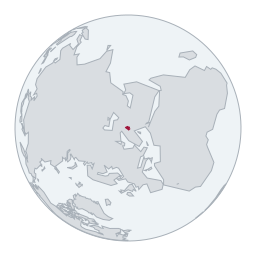 Diyarbakir on an orthographic globe, rotated 227°
{"feature_id": "TUR-2309", "entity_name": "Diyarbakir", "entity_type": "Province", "adm_level": 1, "iso_a3": "TUR", "parent_name": "Turkey", "parent_adm1": "", "projection": "orthographic", "projection_center": [40.236, 38.057], "detail": "fine", "context": "on_globe", "style": "filled", "palette": "rose", "viewbox_px": 256, "rotation_deg": 227, "n_neighbors": 0, "source": "natural_earth", "source_scale": "10m", "svg_char_len": 10556}
<svg xmlns="http://www.w3.org/2000/svg" viewBox="0 0 256 256"><g transform="rotate(227 128 128)"><circle cx="128" cy="128" r="113" fill="#eef3f6" stroke="#a8b0b8"/><path d="M113.4,16.3L122.1,16.2L135.0,17.0L140.0,17.0L138.2,17.5L148.2,17.7L155.7,19.3L146.6,17.7L145.3,17.8L150.1,18.8L149.8,19.2L151.9,20.0L151.1,20.4L145.9,19.8L145.2,20.1L148.7,20.9L150.0,22.0L145.0,20.8L146.9,22.7L138.4,22.7L125.7,20.3L120.4,21.7L105.8,23.2L106.5,23.9L101.4,25.3L100.4,26.6L98.0,26.8L99.3,27.8L101.7,27.4L103.1,27.8L102.7,28.6L99.5,28.9L99.3,28.5L98.1,29.0L96.7,28.9L97.2,29.4L93.4,29.8L96.6,30.8L93.0,32.2L90.7,32.1L91.8,30.4L88.9,26.8L86.9,26.7L82.9,28.0L73.7,33.9L71.1,34.7L67.0,37.0L68.0,37.2L71.6,35.5L72.5,36.8L76.9,34.8L77.9,35.2L81.9,34.1L80.4,36.3L76.7,39.0L73.3,40.0L71.5,41.4L74.1,42.1L66.9,46.2L61.0,52.6L59.2,53.6L57.1,51.9L59.0,47.1L56.2,46.0L57.1,48.9L52.6,51.8L51.5,53.2L51.2,54.5L52.5,54.3L50.8,55.9L49.4,53.4L50.9,51.9L51.3,52.6L52.2,50.5L51.1,49.3L49.0,51.2L49.7,48.3L48.2,49.7L47.5,50.0L49.9,47.9L45.6,51.7L45.9,50.9L52.0,44.9L58.6,39.3L65.5,34.3L72.9,29.8L80.5,25.9L88.4,22.5L96.6,19.8L105.0,17.7L113.4,16.3ZM16.0,115.8L15.7,119.6L15.4,125.1L15.4,125.9L16.0,115.8ZM15.4,127.9L15.4,129.7L15.4,131.3L17.1,144.2L19.5,153.8L20.4,159.2L20.3,161.0L20.5,161.7L18.3,153.5L16.7,145.0L15.7,136.5L15.4,127.9ZM120.5,15.7L118.8,15.8L117.7,15.8L119.0,15.7L120.5,15.7ZM143.6,17.1L140.9,16.8L143.6,17.0L143.6,17.1ZM152.4,20.0L153.3,20.1L154.0,20.5L152.4,20.0ZM82.5,33.1L82.2,33.6L81.6,33.5L82.5,33.1ZM84.5,32.2L84.0,31.8L84.9,31.3L85.2,31.6L84.5,32.2ZM153.4,21.6L154.3,22.4L152.5,21.5L153.4,21.6ZM85.0,32.9L86.6,30.5L88.2,29.8L90.6,30.3L85.0,32.9ZM154.3,22.8L156.7,25.0L158.8,25.2L154.1,26.2L153.7,23.8L151.0,22.5L153.3,23.1L154.3,22.8ZM102.6,26.9L100.0,27.4L102.5,26.3L102.6,26.9ZM103.9,26.2L109.6,22.7L113.3,22.7L110.6,23.7L115.6,23.3L114.6,24.9L111.6,25.6L109.4,25.2L110.7,26.1L103.9,26.2ZM151.2,26.5L151.0,27.1L150.2,26.4L151.2,26.5ZM103.8,27.8L104.6,27.1L107.9,27.0L106.8,28.5L106.1,28.0L103.8,27.8ZM117.4,22.4L119.6,22.7L119.4,24.1L120.2,24.4L114.8,25.0L117.4,22.4ZM105.2,28.5L106.1,29.3L104.3,30.2L103.2,28.6L105.2,28.5ZM109.1,26.3L110.6,26.4L109.4,26.8L109.1,26.3ZM98.2,34.1L99.2,33.0L100.9,32.8L98.2,34.1ZM106.6,29.6L107.3,29.3L108.0,29.1L108.3,29.9L106.6,29.6ZM115.0,26.0L114.5,26.6L117.2,25.8L117.1,27.0L113.6,27.2L115.1,27.6L115.1,27.9L112.2,27.7L115.0,26.0ZM110.9,30.2L106.4,31.1L104.3,33.1L102.6,33.3L106.3,30.1L110.9,30.2ZM111.9,28.8L110.9,29.7L109.4,29.3L109.2,28.5L111.9,28.8ZM118.4,27.7L119.4,25.9L120.1,26.0L118.4,27.7ZM110.6,30.9L111.7,30.7L110.6,31.0L110.6,30.9ZM116.3,28.7L116.6,28.0L117.4,28.1L116.3,28.7ZM113.7,30.9L112.2,31.1L112.0,30.5L113.7,30.9ZM115.1,29.9L116.2,30.2L112.8,30.1L115.1,29.6L115.1,29.9ZM117.1,28.9L117.6,28.7L116.8,29.2L117.1,28.9ZM115.4,33.2L111.1,33.3L110.6,31.9L114.9,31.9L115.4,33.2ZM39.9,159.9L35.8,141.2L38.8,137.0L40.1,129.8L62.1,115.2L65.9,118.8L82.2,121.6L84.1,123.2L81.3,128.7L92.9,139.2L97.7,135.2L109.0,140.9L117.1,141.5L121.6,130.6L108.3,129.4L106.9,123.6L118.2,119.9L129.9,121.2L129.8,119.0L123.1,113.8L126.5,110.0L120.8,111.7L122.6,114.1L119.1,115.3L117.3,113.3L118.6,111.9L115.2,110.6L110.0,117.9L111.2,121.1L102.0,121.2L103.1,126.6L100.4,128.6L97.4,120.2L98.3,117.5L92.2,107.6L90.5,110.5L96.1,120.1L94.0,119.0L91.7,123.4L91.8,119.2L86.1,108.4L78.3,107.9L67.1,116.2L62.8,115.3L59.9,111.1L65.3,100.4L74.2,103.7L76.2,100.3L75.6,93.9L78.3,95.6L79.2,93.5L82.7,94.6L88.7,91.0L92.4,91.6L95.9,85.6L98.2,85.2L95.5,88.8L95.6,91.8L105.0,93.7L107.1,92.7L108.6,88.7L111.0,89.9L111.2,85.9L117.1,85.2L110.1,82.8L111.7,78.5L115.9,75.8L115.1,74.1L108.4,78.5L106.8,80.8L107.5,83.4L102.1,89.7L98.6,90.1L99.5,82.2L94.7,82.1L97.5,76.4L114.0,67.1L120.4,65.9L128.6,72.7L126.5,75.2L122.5,73.9L125.2,78.9L125.5,76.7L127.5,77.8L129.5,74.4L131.0,75.0L130.3,70.8L132.4,71.2L132.8,73.9L137.5,69.6L142.1,69.8L142.4,68.6L141.5,67.2L147.9,68.5L147.9,67.6L145.8,66.7L144.3,64.3L144.3,60.8L146.5,61.4L146.8,62.8L150.8,66.9L151.3,70.7L152.2,70.6L152.3,67.5L147.4,62.5L146.8,60.2L149.5,62.2L148.4,61.3L148.8,60.3L151.3,60.1L148.5,57.8L149.6,47.8L154.5,46.7L156.7,49.4L159.8,44.0L165.1,43.8L163.1,43.0L163.3,40.2L161.6,40.2L160.7,39.6L160.4,33.3L162.0,32.5L159.7,29.4L158.6,29.0L157.3,29.3L154.1,26.2L158.8,25.2L160.8,26.0L162.4,25.1L166.8,27.3L171.2,28.8L175.3,32.2L178.4,33.3L178.6,32.9L183.1,34.4L191.4,39.5L183.6,37.3L170.9,31.3L176.0,33.8L174.6,33.9L176.2,35.3L179.8,37.2L180.4,36.9L184.7,44.5L192.8,52.2L193.0,49.3L195.7,49.7L205.1,57.2L214.5,73.8L218.2,75.6L220.2,78.2L220.8,81.7L217.9,78.0L216.2,78.5L214.5,76.1L214.5,80.9L212.1,77.7L213.3,83.3L215.7,84.9L216.6,81.6L218.6,88.2L222.8,90.0L226.1,95.2L228.6,109.5L226.9,117.2L227.4,119.2L225.2,119.1L224.6,125.0L230.4,131.5L231.0,134.5L228.9,143.8L228.4,141.8L222.8,141.3L223.3,149.1L227.7,151.1L229.2,156.4L226.5,157.2L224.8,152.7L222.7,152.3L222.2,145.9L218.3,138.4L215.5,142.8L214.7,139.0L208.9,133.8L204.3,139.8L197.8,154.8L198.7,164.7L195.6,170.4L187.4,159.4L184.2,150.3L181.0,152.4L172.8,146.2L157.9,149.2L156.1,146.9L153.2,148.6L147.5,146.7L144.7,142.6L141.1,143.3L148.6,154.0L152.5,153.3L156.0,148.3L157.4,152.3L162.9,154.9L155.9,165.8L134.2,176.2L132.5,168.8L118.3,147.3L119.0,144.8L118.9,144.5L118.8,144.0L117.0,148.0L114.7,143.5L121.9,159.0L122.9,165.4L133.9,176.7L132.8,177.9L136.5,180.0L148.8,176.2L148.8,178.7L142.7,190.1L126.0,204.4L128.5,212.8L127.7,219.3L117.9,223.1L119.4,227.4L114.5,228.5L114.6,230.6L111.0,232.4L104.7,233.3L93.3,231.1L92.1,229.3L85.6,224.4L76.4,211.9L78.7,207.2L77.4,202.4L69.3,189.0L71.0,183.0L69.0,179.5L64.6,178.6L62.3,174.2L59.8,173.1L44.3,167.4L39.9,159.9ZM53.6,125.2L52.8,127.2L52.8,127.3L53.6,125.2ZM141.9,128.3L149.2,128.1L146.7,121.2L149.3,120.6L147.5,118.6L146.5,120.7L142.1,115.0L145.6,112.7L145.1,109.6L142.6,109.5L137.0,114.8L143.2,122.8L141.2,125.9L141.9,128.3ZM52.7,51.9L52.8,52.1L52.1,53.6L51.7,53.3L52.7,51.9ZM53.6,58.3L50.8,60.8L52.5,58.7L51.4,58.6L53.6,54.4L58.5,53.9L55.9,54.8L53.6,58.3ZM57.8,49.0L55.9,51.5L57.8,48.8L57.8,49.0ZM80.3,81.9L81.1,83.8L79.2,85.8L74.5,85.7L77.2,82.7L80.3,81.9ZM82.7,86.0L84.8,78.6L87.8,78.6L85.8,79.8L87.6,80.5L84.7,82.7L85.5,90.3L83.9,92.6L76.1,90.8L79.5,90.0L78.5,88.1L82.7,86.0ZM85.0,62.1L86.0,59.5L91.3,62.7L89.7,64.8L85.0,64.6L83.9,62.2L85.0,62.1ZM89.0,34.6L89.0,33.9L89.9,33.8L90.6,34.3L89.0,34.6ZM98.5,33.6L89.8,37.8L89.4,37.1L84.7,40.7L81.8,40.4L84.9,38.1L79.2,40.7L80.9,38.4L77.2,40.5L84.4,35.2L85.6,33.5L85.3,35.5L87.9,35.8L89.4,35.4L94.6,33.1L98.6,29.8L101.8,29.8L103.1,30.7L102.6,31.4L100.7,31.1L101.4,32.4L98.3,32.6L98.5,33.6ZM115.5,44.3L113.4,43.0L114.5,46.7L111.3,46.5L111.6,46.9L109.0,47.8L106.3,49.7L105.0,49.3L104.5,50.2L102.8,50.9L101.7,52.1L99.0,51.9L97.4,53.4L97.0,52.4L95.1,55.1L95.3,53.0L93.0,53.9L94.0,55.5L81.9,52.3L76.7,53.1L72.2,55.0L73.2,51.4L78.0,47.5L84.4,44.3L89.4,44.2L88.9,42.8L91.1,42.4L90.5,43.7L92.7,41.5L94.4,41.6L100.2,39.5L102.3,36.5L104.5,35.8L104.5,37.0L106.6,35.5L108.1,37.3L109.6,36.9L112.7,38.4L111.7,41.2L113.6,40.5L115.9,41.8L115.5,44.3ZM116.2,33.7L115.8,36.7L113.9,38.2L109.4,35.0L107.8,35.1L104.9,33.4L107.7,31.4L108.3,32.0L109.5,32.2L108.1,32.8L110.2,32.5L111.0,33.4L112.8,33.5L112.2,34.4L116.2,33.7ZM86.9,121.6L88.4,122.3L91.0,122.7L89.6,125.5L86.9,121.6ZM82.8,114.3L84.3,114.3L83.6,118.3L82.0,117.7L82.8,114.3ZM85.8,111.1L84.5,114.0L84.2,112.1L85.8,111.1ZM97.0,88.7L98.6,88.6L98.6,89.6L97.4,90.8L97.0,88.7ZM117.9,56.2L117.0,55.0L117.7,54.6L117.9,51.6L120.3,51.7L121.1,53.6L117.9,56.2ZM119.0,132.4L116.3,134.4L115.2,133.3L116.3,132.8L119.0,132.4ZM102.0,130.3L105.6,132.3L101.5,131.1L102.0,130.3ZM120.5,55.8L120.4,54.5L121.7,55.4L120.5,55.8ZM122.1,51.6L123.7,52.3L120.6,51.3L122.1,51.6ZM147.3,217.2L140.2,227.9L134.8,228.3L133.5,225.6L135.9,219.3L142.2,217.0L145.2,213.6L147.3,217.2ZM236.9,156.1L237.4,154.6L237.3,155.1L236.9,156.1ZM236.5,156.7L237.3,154.7L236.2,157.9L236.5,156.7ZM237.5,153.9L238.3,150.9L238.6,149.3L238.4,150.3L237.5,153.9ZM235.9,158.1L231.5,165.7L229.5,167.6L230.2,165.4L233.5,161.0L235.9,158.1ZM230.0,165.6L226.6,165.8L219.9,159.1L222.3,157.3L228.9,158.7L228.5,160.4L230.7,161.1L230.0,165.6ZM237.4,146.7L237.0,151.1L234.8,155.0L233.7,156.3L233.0,152.6L233.4,149.3L234.4,147.8L236.9,132.9L238.1,132.9L237.6,138.5L238.5,140.1L237.4,146.7ZM199.2,165.3L202.0,169.7L200.2,171.6L199.2,165.3ZM236.9,124.2L236.6,130.6L236.5,123.2L236.9,124.2ZM236.2,118.0L236.7,119.8L235.9,119.0L236.2,118.0ZM228.3,122.0L227.3,124.1L226.8,122.7L227.8,119.3L228.3,122.0ZM228.7,99.6L230.5,103.7L231.0,105.4L229.6,103.7L228.7,99.6ZM140.6,56.5L137.5,60.4L136.9,63.8L139.1,66.2L134.8,64.7L135.7,59.5L140.6,56.5ZM148.2,48.7L146.4,46.9L148.0,46.7L148.7,47.1L148.2,48.7ZM146.5,48.3L142.7,47.9L142.2,46.3L145.3,46.9L146.5,48.3ZM131.6,51.5L130.5,52.6L129.5,51.8L131.6,51.5ZM240.3,136.8L240.2,137.9L240.2,138.1L240.3,136.8ZM238.9,139.8L239.1,141.4L239.8,137.3L239.3,141.5L239.4,143.8L239.1,145.9L239.1,143.2L238.5,148.3L238.1,149.4L238.3,146.1L238.8,140.3L239.1,137.3L240.2,131.8L238.9,139.8ZM240.5,132.0L240.5,129.9L240.5,127.4L240.6,128.1L240.5,132.0ZM239.7,125.2L238.8,123.8L238.6,126.9L238.6,118.7L239.5,121.3L239.7,125.2ZM238.2,119.6L238.0,122.4L237.8,118.0L238.2,119.6ZM237.6,121.7L237.1,119.6L237.5,118.6L237.6,121.7ZM238.4,118.9L237.5,114.7L238.2,116.3L238.4,118.9ZM235.5,115.0L237.3,116.0L235.8,118.0L233.3,110.7L233.8,109.0L235.5,115.0ZM222.7,77.2L221.2,75.6L220.9,73.8L222.0,75.4L222.7,77.2ZM218.7,67.1L220.4,72.8L221.5,77.8L222.3,77.7L224.5,81.8L222.1,80.1L219.7,74.2L219.3,71.1L217.0,68.0L215.4,64.4L212.4,61.5L210.9,59.3L213.5,61.1L218.7,67.1ZM211.1,60.4L205.2,54.8L205.7,53.0L207.1,53.9L209.6,57.1L209.2,57.8L211.1,60.4ZM204.0,53.0L203.5,53.7L194.0,48.7L192.1,47.2L199.6,49.7L199.6,50.6L201.8,52.3L204.0,53.0ZM152.2,27.2L151.1,27.1L151.9,26.8L152.2,27.2ZM159.8,39.7L158.7,38.8L159.7,38.5L159.8,39.7ZM156.1,36.4L155.7,37.4L155.2,36.0L156.1,36.4ZM155.1,39.8L155.1,37.7L156.5,40.2L155.1,39.8Z" fill="#d9dde1" stroke="#a8b0b8" stroke-width="1"/><path d="M129.6,126.7L129.6,126.8L129.8,126.8L129.8,127.0L129.7,127.2L129.6,127.3L129.5,127.6L129.5,127.8L129.5,128.0L129.4,128.2L129.3,128.3L129.2,128.4L129.3,128.4L129.3,128.5L129.2,128.6L128.7,128.6L128.4,128.8L128.1,128.9L128.0,129.0L127.9,129.1L127.6,129.3L127.5,129.2L127.4,129.0L127.4,128.9L127.4,128.5L127.3,128.4L127.2,128.4L127.2,128.5L127.2,128.4L126.9,128.3L126.8,128.2L126.7,128.1L126.4,128.0L126.4,127.9L126.5,127.8L126.4,127.7L126.3,127.8L126.3,127.7L126.3,127.4L126.5,127.4L126.8,127.4L127.0,127.4L127.3,127.4L127.4,127.2L127.5,127.1L128.1,127.2L128.3,127.2L128.5,126.9L128.8,126.9L129.0,126.9L129.3,126.8L129.5,126.7L129.6,126.7Z" fill="#f43f5e" stroke="#9f1239" stroke-width="1.5"/></g></svg>